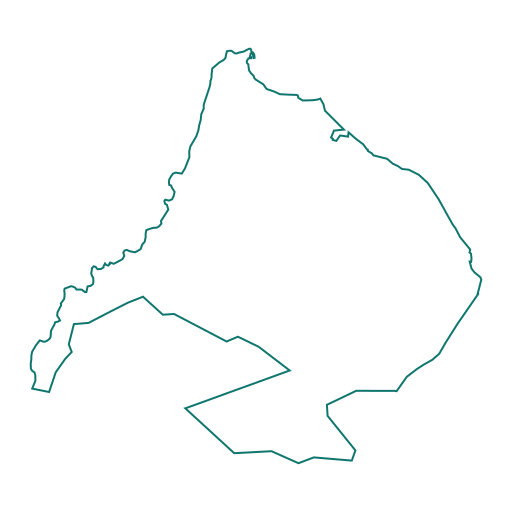 the district of Pomos, Paphos, Cyprus
{"feature_id": "46923920B57848599491117", "entity_name": "Pomos", "entity_type": "district", "adm_level": 2, "iso_a3": "CYP", "parent_name": "Cyprus", "parent_adm1": "Paphos", "projection": "equal_earth", "projection_center": [32.55, 35.149], "detail": "fine", "context": "isolated", "style": "outline", "palette": "teal", "viewbox_px": 512, "rotation_deg": 0, "n_neighbors": 0, "source": "geoboundaries", "source_scale": "gbopen_adm2", "svg_char_len": 3141}
<svg xmlns="http://www.w3.org/2000/svg" viewBox="0 0 512 512"><path d="M470.2,249.6L467.5,246.2L460.1,237.2L455.6,228.5L452.7,224.5L446.8,214.0L443.3,207.6L438.6,199.2L427.8,183.0L418.7,174.7L408.7,169.7L402.0,169.0L398.1,166.2L392.8,163.7L387.1,158.8L377.5,156.4L373.3,155.3L371.9,153.4L368.0,151.0L367.8,149.9L367.7,149.6L367.1,149.6L363.2,144.3L361.7,143.2L355.5,138.5L348.5,132.3L348.1,136.6L340.1,135.5L336.3,140.9L333.5,140.1L332.7,139.9L332.8,138.7L331.1,137.6L334.0,130.6L343.9,129.6L325.0,110.7L323.4,104.1L322.6,102.7L320.3,98.6L319.7,98.9L317.3,99.6L312.8,100.2L302.9,100.5L298.4,97.9L297.8,95.5L296.5,94.9L289.7,94.7L279.9,94.2L274.3,91.6L266.6,89.0L263.3,84.3L256.2,79.9L254.4,78.3L253.6,75.8L250.9,73.2L249.0,70.3L248.3,64.4L246.9,62.9L246.8,61.0L248.4,58.4L251.1,58.2L251.1,57.3L249.6,57.6L250.4,54.9L250.5,53.6L251.6,53.3L252.6,53.9L253.1,55.5L253.5,58.1L254.6,57.8L254.2,54.6L253.0,52.5L251.4,51.8L251.2,50.1L250.5,48.8L249.0,48.8L243.6,51.6L238.5,52.7L236.5,53.5L234.8,53.3L231.5,50.8L229.1,50.8L226.9,51.3L226.1,54.6L225.4,58.1L223.5,60.1L219.4,62.4L212.3,68.5L211.6,74.2L211.6,76.7L211.1,79.4L210.4,80.9L210.4,83.1L209.6,86.9L204.1,103.5L203.6,105.7L203.8,108.5L201.3,114.1L200.7,120.0L199.2,125.3L198.4,130.2L196.4,136.1L190.3,146.6L189.2,151.6L189.4,157.1L185.0,168.4L181.8,173.6L175.7,172.6L172.9,173.7L171.3,176.0L169.3,179.3L168.9,182.3L169.3,185.0L170.9,185.4L172.2,188.1L174.6,191.9L173.6,196.1L172.1,199.3L169.1,200.6L165.3,199.7L164.4,200.8L165.0,203.7L166.9,204.8L168.3,209.6L161.0,221.0L161.4,223.6L159.1,226.3L156.6,227.7L153.7,227.8L150.5,228.6L146.4,230.1L145.7,233.2L145.6,237.6L144.6,241.9L142.3,244.5L140.6,249.1L137.4,251.1L135.0,252.3L130.0,251.3L126.7,249.9L124.5,250.6L123.3,252.6L124.3,255.9L122.4,259.2L116.9,262.2L113.7,263.8L110.2,262.5L109.4,263.4L109.8,264.1L108.3,265.6L106.2,265.0L105.0,263.5L103.6,266.1L103.5,267.4L100.8,269.0L97.5,269.2L95.6,266.9L93.7,266.3L92.1,268.0L91.2,273.5L92.3,276.6L93.2,277.5L93.4,282.1L92.9,284.1L90.5,285.9L87.6,286.4L86.4,292.0L85.1,292.2L81.7,289.6L76.4,289.5L75.2,287.7L72.8,286.6L71.1,286.2L64.7,288.6L64.2,290.2L64.6,293.3L64.5,296.2L64.1,299.0L60.8,303.6L61.2,305.2L57.5,312.3L57.2,315.8L59.1,318.6L60.0,320.5L58.0,321.6L55.1,322.3L54.3,324.8L52.6,327.7L51.0,330.9L50.8,334.5L50.5,337.0L49.9,338.4L48.4,339.8L46.3,341.2L44.4,341.7L43.2,341.7L41.9,341.1L39.8,340.4L37.8,342.9L35.6,345.8L32.1,351.8L31.4,355.3L31.3,359.5L30.7,364.0L30.9,368.6L32.0,370.7L34.5,372.4L35.3,375.1L35.4,380.7L32.2,388.6L33.7,388.9L49.1,392.0L55.7,372.4L56.0,371.9L65.2,358.9L71.7,352.0L68.8,344.3L73.9,324.1L88.6,322.9L113.4,310.0L128.1,302.6L143.0,296.7L162.8,314.7L174.1,314.0L226.6,341.5L237.9,336.7L258.7,346.8L289.7,370.5L185.7,408.2L185.3,408.3L234.2,453.2L271.5,451.2L298.5,463.2L313.8,457.4L351.8,460.6L355.4,450.4L327.6,415.9L326.9,404.8L356.2,390.8L394.8,390.9L396.6,391.2L406.8,376.8L417.1,368.9L424.1,364.4L432.3,359.8L439.2,353.8L445.9,342.2L457.6,323.7L478.3,293.8L479.1,293.8L477.7,293.7L481.3,279.7L480.4,277.3L474.4,272.3L471.5,268.5L469.7,261.6L471.1,261.8L471.5,258.8L471.0,253.7L469.5,252.5L470.2,249.6Z" fill="none" stroke="#0f766e" stroke-width="2"/></svg>